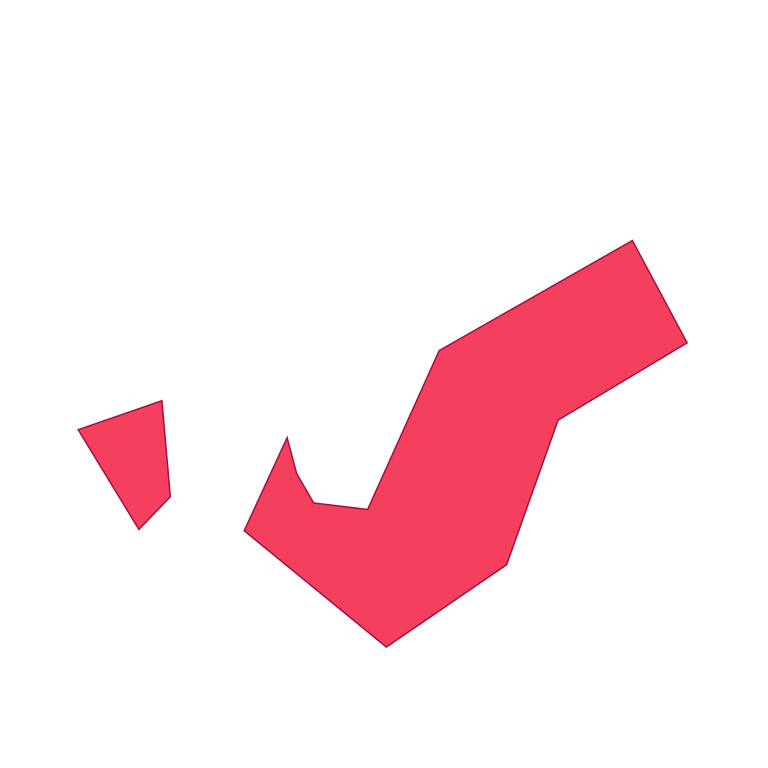 an SVG outline of Va'a-o-Fonoti, rotated 301°
{"feature_id": "WSM-4988", "entity_name": "Va'a-o-Fonoti", "entity_type": "state/province", "adm_level": 1, "iso_a3": "WSM", "parent_name": "Samoa", "parent_adm1": "", "projection": "robinson", "projection_center": [-171.557, -13.938], "detail": "fine", "context": "isolated", "style": "filled", "palette": "rose", "viewbox_px": 768, "rotation_deg": 301, "n_neighbors": 0, "source": "natural_earth", "source_scale": "10m", "svg_char_len": 376}
<svg xmlns="http://www.w3.org/2000/svg" viewBox="0 0 768 768"><g transform="rotate(301 384 384)"><path d="M288.1,328.6L262.3,355.2L245.8,385.0L268.0,434.6L441.1,414.1L634.9,523.0L575.4,622.6L442.7,551.8L292.3,582.2L159.7,521.5L186.2,339.7L288.1,328.6ZM187.3,145.4L255.3,202.2L177.3,258.9L133.1,248.8L187.3,145.4Z" fill="#f43f5e" stroke="#9f1239" stroke-width="1.5"/></g></svg>